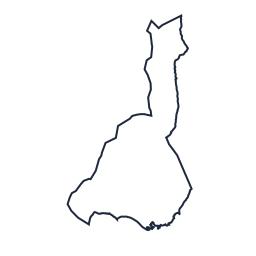 the district of Do'rvoljin, Dzavhan, Mongolia, rotated 262°
{"feature_id": "93677404B7521455207939", "entity_name": "Do'rvoljin", "entity_type": "district", "adm_level": 2, "iso_a3": "MNG", "parent_name": "Mongolia", "parent_adm1": "Dzavhan", "projection": "albers", "projection_center": [94.118, 48.049], "detail": "fine", "context": "isolated", "style": "outline", "palette": "slate", "viewbox_px": 256, "rotation_deg": 262, "n_neighbors": 0, "source": "geoboundaries", "source_scale": "gbopen_adm2", "svg_char_len": 5470}
<svg xmlns="http://www.w3.org/2000/svg" viewBox="0 0 256 256"><g transform="rotate(262 128 128)"><path d="M230.8,166.1L221.6,160.4L218.3,163.4L210.3,163.3L208.7,163.2L207.0,163.2L205.4,163.3L204.7,163.2L194.9,160.8L192.4,155.9L183.8,152.6L177.7,154.9L169.2,156.6L162.9,156.0L155.4,152.2L144.7,151.9L142.3,152.8L136.9,152.8L139.5,145.9L139.9,143.2L140.0,139.4L139.4,133.9L137.0,131.2L131.4,118.4L119.9,114.6L116.4,103.7L107.1,98.7L104.3,97.7L101.2,95.0L90.1,90.1L82.5,83.8L83.1,82.3L81.8,76.7L78.6,73.1L72.9,67.6L71.3,63.3L67.4,60.7L61.0,57.6L53.9,60.3L46.1,66.1L38.0,75.8L38.7,75.9L39.5,76.3L40.4,76.5L41.0,76.9L42.4,77.3L43.3,77.7L43.8,77.8L44.2,78.0L44.4,78.2L45.2,78.7L45.4,79.1L46.2,79.6L46.4,80.2L46.9,80.7L47.2,81.2L48.7,82.2L48.9,82.5L49.3,83.1L49.3,83.3L49.3,83.6L48.3,85.4L47.5,86.4L47.2,87.0L47.2,87.4L47.1,87.7L47.0,88.1L46.9,88.5L47.0,88.7L47.3,89.4L47.0,90.0L47.2,90.8L47.2,91.3L47.2,91.7L46.9,92.4L46.8,93.0L46.7,93.2L46.8,93.7L46.3,94.3L46.3,94.8L46.4,95.0L46.2,95.3L46.2,95.7L45.9,95.8L45.7,96.4L45.7,96.6L45.7,97.2L46.1,97.6L46.0,97.8L45.8,97.9L45.5,98.0L45.3,98.2L44.9,98.7L44.6,99.2L43.9,99.8L43.8,100.1L43.5,100.6L43.1,100.8L42.8,100.9L42.5,101.1L42.0,101.7L42.0,102.0L41.5,102.3L41.3,102.8L40.9,103.2L40.2,103.6L39.9,103.9L39.5,104.0L39.1,104.3L39.4,104.3L39.4,104.6L39.4,104.8L39.7,105.2L40.2,106.2L40.6,106.9L41.1,108.8L41.1,109.3L41.1,109.7L40.8,111.5L40.7,112.8L40.4,114.1L40.3,114.7L39.8,115.5L39.2,117.3L38.9,117.8L37.4,120.1L33.9,124.2L32.7,125.0L32.4,125.4L28.9,127.8L27.5,129.0L25.1,131.9L24.5,132.6L24.2,133.5L24.1,133.9L24.2,134.2L24.3,134.6L24.8,134.4L24.8,134.2L24.7,134.0L24.7,133.7L24.9,133.4L25.2,133.3L25.4,132.6L25.6,132.4L26.9,132.9L27.1,133.1L27.2,133.3L26.9,134.3L26.5,134.9L25.3,136.0L25.5,136.6L25.6,137.0L24.7,137.5L24.6,137.8L24.9,138.0L25.6,138.6L25.7,138.9L25.9,139.6L26.2,139.7L26.3,139.6L26.3,139.2L26.4,138.8L26.7,138.5L26.7,138.2L27.1,137.6L27.3,137.6L27.5,137.7L27.8,137.7L27.9,137.0L28.0,136.9L28.4,136.8L28.3,137.1L28.6,137.1L28.9,136.9L29.0,136.9L29.1,137.1L29.3,137.4L29.4,137.5L29.7,137.4L29.9,137.5L29.8,137.9L29.9,138.2L30.0,138.2L30.1,137.9L30.3,137.8L30.4,138.0L30.6,138.1L31.0,138.7L31.4,139.1L31.4,139.3L31.2,139.5L30.8,139.6L30.5,140.1L30.4,140.1L30.0,139.9L29.9,140.0L29.5,140.2L29.2,140.2L28.1,140.9L27.6,141.4L27.4,141.5L27.2,142.0L27.2,142.5L27.1,143.9L27.0,144.1L26.7,144.1L26.7,144.3L26.7,144.5L26.4,144.4L25.8,144.3L24.9,143.6L24.4,143.6L24.2,143.6L24.1,144.0L24.3,144.2L25.2,145.1L24.9,145.3L24.9,145.5L25.4,145.7L26.3,146.1L26.5,146.3L27.3,146.6L27.5,146.9L27.4,147.1L27.1,147.1L26.7,147.0L26.7,148.1L26.6,148.6L26.7,149.6L26.9,150.1L27.0,150.3L26.9,150.7L27.0,150.9L26.8,151.2L26.8,151.5L27.2,151.4L27.4,151.6L27.1,151.9L26.7,151.9L26.4,152.2L25.9,152.9L25.9,153.4L26.2,153.8L26.4,154.2L26.5,154.9L26.5,155.0L26.9,154.7L27.3,154.6L27.7,154.7L27.9,154.8L28.0,155.3L27.9,155.7L28.2,156.0L28.2,156.6L28.4,156.9L28.4,157.7L28.5,157.8L29.0,158.1L29.5,158.8L29.9,159.0L30.2,159.2L30.7,159.5L31.3,160.0L32.3,161.2L32.6,161.1L33.0,160.7L33.7,160.6L34.2,160.8L34.7,161.8L34.8,161.9L35.0,161.9L35.0,161.6L35.3,161.7L35.6,161.9L35.9,162.4L36.3,162.8L36.8,164.1L36.9,164.5L37.0,164.8L37.1,165.4L37.0,165.6L36.7,165.9L36.8,166.1L36.5,166.5L36.2,166.5L35.7,167.0L35.9,167.2L36.5,167.1L37.2,167.1L39.2,167.2L40.0,167.5L40.8,168.0L41.6,168.7L43.1,170.3L44.5,171.6L45.1,172.0L46.0,172.5L47.3,173.6L48.1,174.6L48.8,175.5L49.6,175.9L49.8,176.1L50.1,176.6L51.3,177.7L52.9,178.4L53.1,178.4L53.4,178.6L53.8,179.0L54.4,179.5L55.5,179.8L56.2,180.3L56.8,180.4L57.1,180.7L57.5,180.7L57.8,180.9L58.1,181.3L58.8,182.5L59.0,182.5L94.2,172.9L106.2,166.4L113.3,164.5L113.5,164.8L113.5,165.5L113.9,165.9L114.1,166.5L114.6,166.9L114.8,167.6L115.2,168.4L117.1,170.1L117.7,170.0L117.8,170.2L118.2,170.2L119.3,171.8L120.1,172.4L120.5,173.0L121.5,174.1L122.9,175.2L123.2,175.3L123.9,175.2L125.4,175.4L127.0,176.0L127.9,176.3L128.9,176.4L129.6,176.5L130.6,177.0L131.5,177.1L132.2,177.3L132.8,177.4L135.2,178.0L135.7,178.3L136.0,178.5L136.8,178.8L137.5,179.3L138.0,179.3L139.3,179.7L139.8,180.1L140.2,180.2L140.6,180.4L141.1,180.6L141.8,180.9L143.7,181.1L146.3,181.0L147.9,180.9L148.6,181.1L149.7,181.5L151.9,181.3L153.1,181.3L154.5,181.9L157.4,181.9L159.3,181.5L161.0,181.8L165.6,181.6L168.5,181.9L169.0,181.7L169.4,181.7L169.6,181.9L169.8,182.2L170.0,182.7L170.4,183.0L170.8,182.8L171.1,182.6L171.1,182.3L171.5,182.2L172.5,182.2L173.3,182.5L175.1,182.7L176.0,182.5L176.3,182.2L176.6,182.1L177.3,182.5L177.5,182.5L177.9,182.4L178.2,182.7L178.7,182.9L179.0,182.8L179.6,182.4L181.1,182.6L181.2,183.1L181.5,183.3L182.0,183.3L183.2,182.9L184.1,182.9L185.3,183.3L186.1,183.2L186.3,183.3L187.6,183.9L188.4,184.6L188.5,184.9L188.7,185.2L189.0,186.6L189.3,187.1L190.1,187.9L190.9,188.5L191.6,188.6L192.7,189.5L192.9,189.8L193.0,190.4L193.1,191.9L193.0,192.8L193.0,193.1L194.4,194.5L195.0,195.0L195.4,195.3L195.8,196.6L196.0,196.7L196.4,196.7L196.6,196.8L197.7,197.9L198.4,198.4L198.8,198.4L199.0,198.3L199.4,197.8L200.1,197.8L200.6,197.5L201.0,197.4L202.2,196.7L204.1,195.7L204.5,195.5L205.1,195.5L206.3,195.1L207.1,194.6L207.8,194.2L208.4,194.0L209.7,193.8L210.4,193.9L211.1,194.2L211.7,194.2L212.2,194.1L213.5,193.4L213.8,193.3L216.2,193.6L218.0,193.2L219.2,193.7L220.6,194.8L221.1,195.1L222.5,195.2L222.9,195.3L224.0,195.3L226.8,195.3L228.1,195.9L228.3,195.9L228.9,195.6L229.9,195.7L230.3,195.8L230.9,196.3L231.5,196.4L231.9,196.4L225.1,176.2L222.6,172.3L228.5,167.9L230.8,166.1Z" fill="none" stroke="#1e293b" stroke-width="2"/></g></svg>